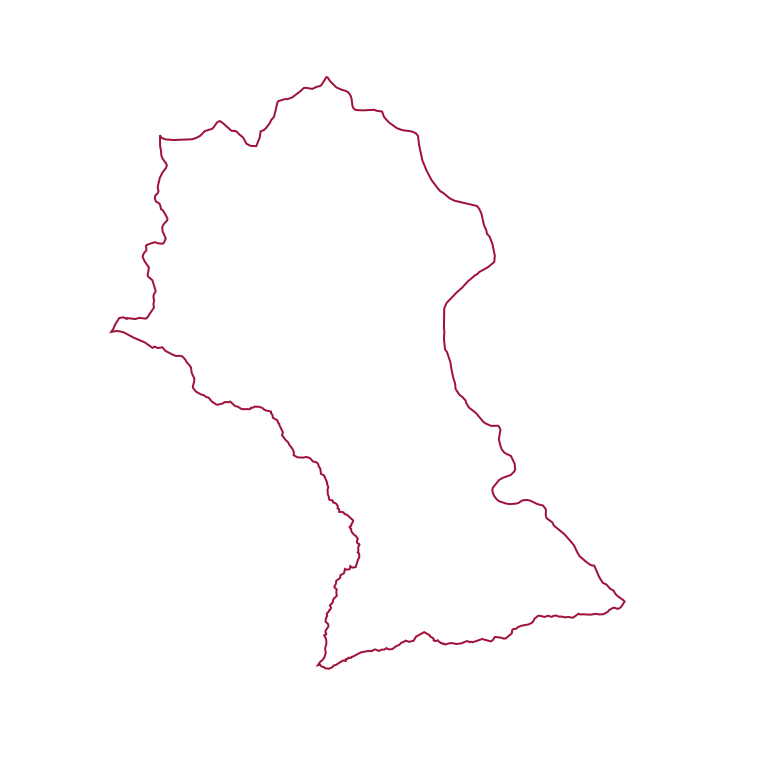 the district of San Sebastian, Cauca, Colombia, rotated 281°
{"feature_id": "7082276B83850714200687", "entity_name": "San Sebastian", "entity_type": "district", "adm_level": 2, "iso_a3": "COL", "parent_name": "Colombia", "parent_adm1": "Cauca", "projection": "mercator", "projection_center": [-76.773, 1.841], "detail": "fine", "context": "isolated", "style": "outline", "palette": "rose", "viewbox_px": 768, "rotation_deg": 281, "n_neighbors": 0, "source": "geoboundaries", "source_scale": "gbopen_adm2", "svg_char_len": 6156}
<svg xmlns="http://www.w3.org/2000/svg" viewBox="0 0 768 768"><g transform="rotate(281 384 384)"><path d="M585.5,116.6L574.5,118.9L571.3,120.3L566.0,121.8L563.4,123.3L558.4,128.4L557.1,129.1L554.6,128.8L549.0,126.1L543.6,124.6L534.0,124.2L530.2,125.9L527.8,125.3L525.3,123.5L522.4,123.6L519.7,125.3L518.2,129.1L516.2,130.5L513.1,131.7L512.2,134.0L505.3,139.8L503.4,140.0L498.8,137.2L495.5,136.4L491.4,137.6L485.5,141.9L482.4,141.5L479.8,140.5L479.0,137.2L479.4,131.8L475.3,124.6L474.1,124.1L470.1,125.3L466.6,123.4L464.5,122.8L462.6,122.9L459.0,125.4L453.5,131.0L445.5,131.2L444.3,132.2L441.7,136.8L432.2,141.9L430.9,142.1L428.3,140.9L424.7,141.2L422.4,142.4L418.5,142.4L415.1,143.6L403.6,138.7L402.7,137.6L402.2,131.0L400.3,127.5L399.7,119.2L398.8,119.1L399.7,115.3L398.3,111.6L392.0,109.0L386.6,107.8L383.1,106.3L385.0,111.6L385.3,114.7L385.0,118.7L381.6,129.8L379.2,141.2L375.3,149.9L377.0,151.8L376.1,154.9L377.7,159.5L374.8,163.1L372.6,170.6L371.8,174.4L372.7,178.0L372.7,180.6L369.9,184.4L367.8,186.1L364.7,190.2L363.1,191.5L358.4,193.0L353.1,196.8L350.0,197.2L344.8,196.8L343.5,197.5L340.8,200.6L340.3,201.9L338.8,206.3L338.6,209.3L337.4,211.6L337.1,214.5L333.9,218.4L331.9,223.2L331.8,224.4L334.1,229.4L335.8,230.9L336.4,234.7L337.4,236.4L333.9,242.1L333.9,244.6L332.2,249.1L333.6,256.7L334.1,257.7L335.3,257.9L335.7,259.8L337.0,261.1L337.8,265.6L337.3,269.2L336.1,271.0L335.5,273.3L335.4,278.3L333.7,278.7L332.4,280.4L329.6,281.4L328.1,286.1L325.5,287.6L324.9,288.8L323.8,289.1L317.2,294.0L314.4,293.6L310.2,298.2L308.5,301.0L306.3,302.6L303.1,306.3L300.0,308.5L296.9,308.9L295.5,313.0L296.3,318.6L297.5,321.5L297.4,323.9L297.1,325.4L294.4,329.1L294.3,332.1L293.5,333.9L292.4,335.0L290.9,335.4L288.6,337.7L283.7,339.3L282.8,342.6L276.8,346.7L274.8,347.3L272.3,349.0L268.9,348.7L267.2,349.5L265.6,349.6L262.5,351.5L260.6,351.9L259.8,353.0L259.9,355.8L258.0,356.6L257.9,358.8L257.1,360.3L255.3,362.0L253.0,362.2L252.7,363.5L251.9,364.0L249.8,364.5L250.3,366.0L250.3,368.8L248.9,369.9L248.5,372.7L244.3,379.6L243.3,379.9L239.6,378.7L238.3,378.7L237.3,377.5L236.6,377.6L235.5,379.4L233.7,379.8L232.3,380.8L229.9,384.0L229.7,385.1L227.1,387.8L225.5,387.4L223.3,387.7L222.5,388.5L222.3,389.9L221.6,390.6L218.9,389.8L215.2,390.7L213.6,390.3L212.9,391.9L209.1,392.8L206.7,392.0L198.9,391.1L197.7,388.0L198.8,385.7L195.6,385.6L194.5,382.2L194.9,381.0L190.5,380.8L187.9,377.6L185.4,378.0L181.8,374.7L178.7,374.9L175.5,373.9L174.6,374.5L173.5,376.7L170.1,377.0L167.1,378.1L164.0,375.8L162.2,375.2L159.6,375.3L156.4,373.1L154.5,374.6L153.7,374.6L152.2,374.2L151.7,373.5L150.1,373.2L147.8,371.6L145.5,372.5L142.8,371.7L140.6,371.8L139.7,371.9L137.6,375.0L135.4,375.7L130.5,373.7L129.1,374.0L127.9,375.0L127.2,375.0L126.5,373.6L125.7,373.3L123.6,375.2L120.9,376.4L117.7,377.0L113.2,376.6L108.6,378.2L103.6,377.4L101.2,376.2L98.6,374.1L95.3,372.8L96.3,374.8L94.8,376.5L94.6,379.1L93.7,380.5L94.0,384.3L96.1,387.2L98.2,388.5L98.8,390.1L104.7,396.4L104.8,399.2L106.2,398.8L106.7,399.2L106.9,400.4L108.5,401.3L108.7,403.6L110.0,404.2L110.1,405.0L116.2,412.6L118.8,419.1L119.5,423.1L121.0,424.5L121.8,426.2L121.0,429.9L122.8,432.4L123.3,434.9L125.2,436.7L124.4,438.9L125.2,442.6L129.1,446.1L130.8,448.7L133.6,450.6L134.2,452.2L136.2,454.1L135.7,457.9L137.6,462.0L142.2,463.7L148.1,470.8L146.1,476.7L145.0,477.3L144.1,480.2L143.0,481.6L142.1,481.5L141.7,481.9L141.5,483.8L142.7,485.8L141.8,486.6L141.5,487.8L140.6,488.9L140.7,490.5L140.0,491.5L140.6,492.4L140.0,493.9L142.0,497.7L142.7,500.8L142.6,504.7L144.1,509.3L147.3,514.1L147.4,516.0L146.9,517.1L147.7,519.1L147.5,520.5L152.4,529.0L151.7,537.8L153.1,539.5L156.9,541.2L157.3,547.7L156.9,550.4L157.7,552.3L163.6,557.0L166.7,556.8L167.9,557.4L169.1,560.6L170.8,561.8L173.0,565.0L175.4,571.4L177.6,574.6L180.2,576.1L182.1,576.4L185.7,579.4L186.2,580.7L186.0,586.3L187.8,589.1L187.4,593.1L188.6,594.4L189.6,597.0L189.0,600.1L189.6,602.6L189.5,606.6L190.5,609.1L190.6,614.0L195.6,618.9L195.2,620.8L195.8,622.7L197.0,630.9L198.8,635.9L198.9,639.7L199.9,643.3L203.1,647.2L204.9,648.0L208.1,651.7L208.3,653.4L207.8,656.3L209.0,658.2L210.4,659.3L216.4,661.7L217.5,660.2L220.3,653.9L222.3,651.0L224.9,648.9L226.2,645.0L229.6,640.6L230.7,636.5L235.8,631.9L245.7,625.1L245.7,621.5L247.7,616.9L252.2,609.0L254.8,606.5L262.0,601.2L266.0,596.2L270.9,589.8L277.5,577.7L280.3,575.6L283.1,569.6L284.6,568.4L287.1,567.6L290.9,567.1L292.2,566.4L295.0,563.4L295.4,557.4L297.4,549.7L297.5,546.9L296.7,543.5L295.4,541.1L293.3,539.2L291.9,536.8L290.2,531.0L289.9,526.7L290.9,519.3L292.4,516.5L295.0,513.6L297.7,511.7L300.7,510.5L302.9,510.6L311.6,515.2L314.4,518.3L318.8,525.7L323.2,528.7L325.5,529.0L330.7,527.4L337.5,522.4L339.2,516.1L340.2,514.4L342.2,512.2L345.1,510.3L351.6,507.3L361.4,507.0L364.2,505.0L364.8,503.8L363.3,497.3L364.6,491.4L365.8,488.7L373.0,479.9L377.1,471.9L380.7,468.6L383.6,467.0L386.4,463.1L387.6,460.4L391.7,456.2L393.1,455.1L397.9,453.8L402.7,451.1L410.8,447.6L418.3,444.9L427.4,439.7L429.8,437.2L439.6,434.3L447.2,433.2L450.1,432.2L469.7,428.7L475.6,430.0L488.2,438.2L493.3,442.2L500.4,446.5L508.3,452.8L509.7,454.7L511.9,455.9L518.4,463.7L524.8,468.9L530.8,468.4L542.4,463.6L548.8,459.5L551.1,456.4L554.2,455.2L558.9,451.9L570.1,447.0L573.9,444.2L576.5,441.3L577.4,418.1L578.8,413.1L582.9,405.6L583.9,402.7L586.4,399.3L593.4,391.6L602.0,384.8L610.8,379.0L625.1,372.9L634.1,370.0L636.1,367.6L637.2,363.3L636.7,353.6L637.6,347.8L641.6,339.2L643.9,335.9L646.4,332.9L651.1,330.1L650.8,324.5L651.3,322.0L648.5,310.7L647.6,303.6L649.0,301.2L651.3,299.8L657.7,297.8L660.6,296.2L663.2,293.8L664.3,291.1L664.8,286.2L666.1,280.5L670.8,273.5L674.1,270.2L674.3,268.9L665.5,265.5L664.3,264.3L662.7,260.9L660.0,257.4L659.8,250.3L659.2,248.7L655.3,245.9L647.7,239.1L645.4,235.2L644.6,232.1L641.6,226.4L640.4,225.7L625.5,225.1L621.3,222.8L618.4,222.2L612.7,219.3L610.2,217.5L608.5,214.7L602.1,215.0L593.1,213.2L592.3,207.7L593.6,203.2L599.2,198.5L601.7,193.8L603.4,191.7L604.0,189.6L603.4,186.1L609.2,176.3L610.8,172.8L609.8,171.0L608.7,170.1L603.1,167.6L601.6,166.4L598.1,159.9L592.6,156.3L589.4,152.1L587.6,148.9L583.3,130.7L582.4,122.8L583.2,118.5L585.5,116.6Z" fill="none" stroke="#9f1239" stroke-width="2"/></g></svg>